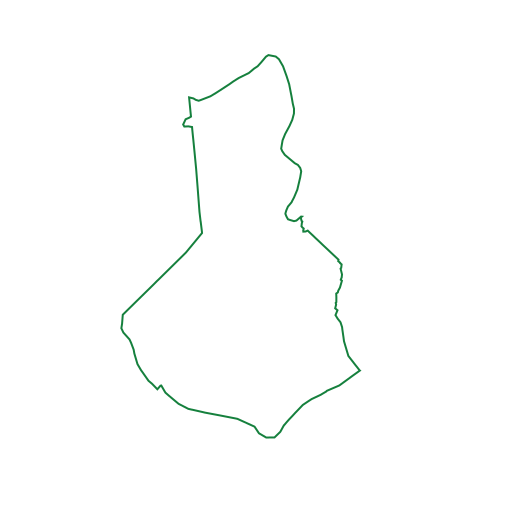 Basse, Upper River, Gambia (Equal Earth projection), rotated 40°
{"feature_id": "56634734B15786085247071", "entity_name": "Basse", "entity_type": "district", "adm_level": 2, "iso_a3": "GMB", "parent_name": "Gambia", "parent_adm1": "Upper River", "projection": "equal_earth", "projection_center": [-14.209, 13.292], "detail": "fine", "context": "isolated", "style": "outline", "palette": "green", "viewbox_px": 512, "rotation_deg": 40, "n_neighbors": 0, "source": "geoboundaries", "source_scale": "gbopen_adm2", "svg_char_len": 2751}
<svg xmlns="http://www.w3.org/2000/svg" viewBox="0 0 512 512"><g transform="rotate(40 256 256)"><path d="M265.8,196.4L265.2,196.8L264.8,199.3L264.2,202.9L262.7,204.9L259.0,206.5L256.9,207.3L255.3,206.7L253.8,206.1L251.4,204.8L250.9,203.9L249.9,201.6L248.9,198.3L248.7,197.6L248.7,191.9L248.4,190.9L247.5,186.7L245.0,178.6L239.3,167.3L236.2,162.1L235.2,161.4L233.2,160.1L229.5,159.3L226.1,160.0L216.0,160.0L213.0,160.0L208.7,158.8L206.3,157.6L205.9,156.9L204.1,153.9L202.0,150.3L199.9,143.8L198.1,135.0L196.4,128.9L196.3,128.5L193.5,122.5L190.5,118.8L186.2,115.6L180.4,110.7L178.4,109.1L171.0,103.1L163.9,98.6L154.8,93.3L147.1,90.5L142.9,90.5L136.4,94.1L135.5,96.9L135.5,104.5L135.3,109.6L134.5,112.3L134.1,113.6L132.9,120.4L128.3,130.9L126.4,136.9L125.2,141.5L120.6,156.6L118.4,163.0L113.5,171.9L112.3,173.9L109.5,175.1L106.8,175.5L102.8,177.5L103.1,177.8L113.6,188.1L116.6,191.0L115.9,193.1L114.2,196.5L115.7,202.1L117.9,202.9L120.8,200.2L124.1,198.3L126.1,200.3L130.6,204.7L133.1,207.1L142.3,216.1L154.2,227.8L166.8,240.6L184.3,258.5L191.3,265.1L191.5,265.2L198.8,272.0L199.0,272.2L199.1,272.3L199.9,273.1L200.1,298.4L198.9,311.1L197.3,328.1L197.2,329.1L196.5,336.6L196.2,339.1L195.8,344.1L193.5,367.8L191.7,386.6L191.9,386.9L196.9,393.9L199.3,397.9L203.6,399.9L212.7,401.2L216.1,402.8L222.5,406.4L225.5,408.9L234.7,415.0L241.4,417.4L243.8,418.0L253.9,420.7L258.5,420.7L266.1,421.5L266.2,416.7L266.7,416.1L273.0,418.4L274.5,418.9L278.8,419.0L291.7,419.0L302.4,416.6L305.7,414.9L305.8,414.8L316.7,409.2L316.9,409.1L317.0,409.1L330.5,401.5L345.1,393.4L345.7,393.1L346.4,392.7L364.4,387.7L364.7,387.7L372.2,389.9L372.3,389.9L380.5,388.5L381.9,387.3L386.8,383.1L387.6,375.4L387.6,374.9L386.2,367.8L386.3,367.7L386.3,363.8L386.4,359.9L386.7,355.2L386.9,350.3L387.0,349.5L387.0,349.3L387.3,344.7L387.6,340.0L389.6,333.1L390.6,329.8L394.8,320.7L395.4,318.9L396.9,314.7L396.9,313.8L403.0,301.7L403.3,300.6L407.0,285.6L409.2,277.0L408.9,277.0L404.2,276.0L402.6,275.7L391.0,273.2L378.3,264.8L377.5,264.1L377.3,263.9L375.1,261.9L369.4,256.8L367.6,255.1L367.1,254.8L363.4,252.5L363.1,252.4L358.8,251.5L354.9,250.2L353.3,245.2L350.3,245.2L348.6,241.7L347.2,240.7L347.2,239.7L345.7,237.9L344.3,236.2L343.5,235.3L341.6,233.2L342.1,231.3L341.7,230.5L341.3,229.7L340.6,226.2L337.7,219.7L336.2,219.7L335.3,217.1L335.1,216.9L333.8,214.9L331.5,213.2L331.1,212.9L330.8,212.7L328.9,211.3L328.9,210.3L327.0,207.4L325.0,207.4L324.8,207.1L323.6,207.1L322.3,207.1L321.6,205.8L300.3,204.6L292.4,204.1L290.1,204.0L287.5,203.8L282.0,203.5L279.3,203.3L278.3,205.3L276.6,206.9L275.6,205.9L275.4,205.3L274.9,204.3L273.2,204.3L271.7,204.0L270.9,202.7L270.0,201.4L269.6,200.4L269.3,199.8L268.3,199.8L265.6,197.8L265.8,196.4Z" fill="none" stroke="#15803d" stroke-width="2"/></g></svg>